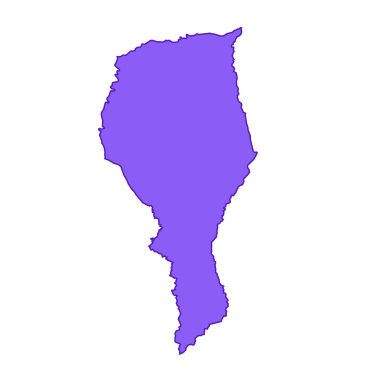 Dbarwa, Debub, Eritrea (Mercator projection), rotated 259°
{"feature_id": "51966322B75785084399425", "entity_name": "Dbarwa", "entity_type": "district", "adm_level": 2, "iso_a3": "ERI", "parent_name": "Eritrea", "parent_adm1": "Debub", "projection": "mercator", "projection_center": [38.641, 15.102], "detail": "fine", "context": "isolated", "style": "filled", "palette": "violet", "viewbox_px": 384, "rotation_deg": 259, "n_neighbors": 0, "source": "geoboundaries", "source_scale": "gbopen_adm2", "svg_char_len": 6060}
<svg xmlns="http://www.w3.org/2000/svg" viewBox="0 0 384 384"><g transform="rotate(259 192 192)"><path d="M212.3,258.9L217.7,263.3L218.3,263.4L218.8,263.2L218.9,261.4L219.3,260.7L220.7,259.8L232.2,259.3L236.4,259.9L242.0,258.9L245.2,259.1L248.7,258.6L257.1,258.9L259.0,259.5L260.7,257.4L263.0,257.1L265.3,256.4L268.4,257.5L269.3,257.3L270.0,257.0L271.5,255.4L272.4,255.0L275.8,254.6L278.3,254.9L278.6,255.9L279.1,256.5L280.5,256.6L282.5,256.0L283.9,257.1L286.0,256.9L287.6,256.2L291.7,256.5L294.9,257.9L298.8,258.2L300.5,258.0L302.4,255.9L305.2,257.3L306.8,256.5L307.9,255.5L308.8,255.3L309.4,255.5L312.1,258.0L313.7,257.6L314.0,257.8L314.1,258.5L316.8,257.6L318.5,257.7L320.6,258.9L322.0,260.1L323.8,259.8L325.9,260.5L326.4,260.2L326.5,258.7L326.8,258.4L328.8,259.0L329.0,260.6L330.8,261.0L331.2,261.5L331.1,262.3L331.7,263.0L333.9,264.2L335.7,265.9L336.0,267.5L337.3,269.9L339.6,271.2L342.4,271.4L343.8,271.8L343.9,270.6L343.0,268.9L343.2,268.0L342.5,265.9L342.5,264.4L341.1,262.3L340.7,256.8L339.6,253.8L339.3,251.4L339.6,249.9L342.9,243.7L343.4,241.4L344.4,239.9L345.1,230.0L345.6,228.2L346.3,227.1L345.3,224.6L345.4,220.6L347.6,216.7L346.5,216.3L344.8,216.7L343.8,215.7L344.6,213.5L344.4,212.1L344.7,211.6L345.8,211.0L346.3,210.1L344.2,209.3L343.9,208.8L344.0,207.9L342.5,207.3L341.9,206.3L342.5,201.9L343.1,200.6L344.8,199.2L345.3,198.0L345.1,196.3L345.9,195.6L345.8,195.2L344.8,192.5L344.7,191.4L345.7,188.9L345.7,187.3L348.4,181.9L348.6,180.0L347.6,178.3L347.5,177.4L346.0,173.7L346.8,171.4L344.1,169.2L344.3,165.5L343.2,163.6L341.8,163.1L341.6,160.6L342.0,159.3L341.7,158.2L338.8,153.4L339.5,150.3L338.7,148.5L338.6,147.2L339.0,144.4L337.7,144.6L336.1,143.9L333.5,142.3L332.0,140.8L330.8,140.5L328.6,141.9L326.4,144.0L325.4,144.1L324.8,143.5L325.2,141.9L324.7,141.4L323.9,141.2L321.7,141.7L322.0,139.0L321.7,138.9L320.8,139.1L317.3,141.0L315.8,141.1L315.0,140.7L314.5,139.9L314.6,135.9L314.3,134.8L313.2,134.3L311.9,134.1L311.4,132.8L310.2,132.0L308.7,132.9L307.4,135.7L306.3,135.5L306.0,134.6L306.7,132.7L306.5,131.2L302.8,129.4L299.9,126.3L298.8,126.2L296.0,127.6L295.3,126.6L296.3,125.7L296.5,124.2L290.0,121.0L287.3,118.4L285.0,117.7L278.6,118.0L273.9,116.6L273.2,116.7L272.5,117.8L271.4,118.1L270.8,116.1L271.2,114.6L272.1,113.5L271.7,112.5L270.3,112.6L269.5,113.5L268.2,114.2L266.6,112.7L265.0,112.2L263.4,112.6L258.7,113.2L257.3,112.8L254.8,113.9L251.7,114.4L247.6,114.2L244.6,113.5L242.8,113.5L241.3,112.9L239.2,116.4L235.2,120.7L232.9,125.1L230.7,127.0L221.1,128.6L215.7,130.5L212.1,131.1L206.5,133.4L202.2,135.9L199.9,136.7L191.0,141.6L187.4,146.0L186.9,147.2L186.3,147.7L186.7,149.0L184.5,150.5L182.3,149.4L181.7,150.5L180.7,150.7L180.7,149.6L180.2,149.2L179.7,149.4L178.5,151.0L176.3,150.1L175.3,150.1L174.6,150.8L173.4,150.3L173.0,152.6L171.9,153.9L171.1,154.1L166.4,153.4L165.5,154.9L164.4,154.1L164.0,155.3L162.6,155.9L162.0,155.8L161.6,154.1L160.3,153.8L161.0,152.6L160.7,152.3L159.4,152.2L158.9,151.5L157.5,150.4L155.9,150.2L154.9,149.4L153.8,146.9L153.1,146.3L153.1,145.9L154.2,144.8L154.0,144.3L154.1,142.8L153.5,142.7L152.6,143.8L152.4,144.9L152.1,145.2L151.8,144.9L151.6,143.7L151.0,143.3L150.3,144.2L149.6,143.9L149.3,143.0L148.4,142.3L148.2,141.5L147.5,140.7L147.0,139.3L145.6,140.2L144.1,140.2L143.0,140.7L142.8,141.4L143.1,142.6L140.6,143.9L140.2,145.7L137.9,147.9L136.9,150.3L133.8,150.6L133.7,150.9L134.6,152.6L133.3,153.7L132.9,154.7L132.7,154.9L131.6,153.7L131.2,153.7L130.3,155.2L129.3,155.3L129.0,156.7L127.9,157.6L126.5,159.8L125.6,159.1L125.2,158.2L123.0,158.5L122.3,157.5L120.8,157.0L119.2,157.6L118.7,156.5L117.9,156.4L116.8,155.7L115.0,155.6L114.6,154.5L114.1,154.3L112.1,157.2L110.8,158.2L110.8,159.7L109.7,160.6L108.7,159.8L106.8,159.2L106.4,158.0L105.9,157.7L104.2,158.8L103.5,158.9L102.9,158.7L101.8,157.4L100.3,156.7L99.4,157.0L99.4,155.9L99.0,155.0L99.4,153.5L98.9,153.2L95.5,154.0L94.3,154.7L93.9,155.2L93.5,157.2L93.1,157.5L92.9,157.6L91.5,156.1L87.7,156.7L86.6,155.8L85.8,155.5L83.4,155.9L81.9,157.3L81.2,157.2L80.0,156.2L79.6,156.8L78.9,157.2L77.3,157.0L76.0,157.7L75.3,157.7L72.6,156.4L71.2,155.1L69.8,154.3L65.0,155.6L63.1,155.6L62.6,155.2L61.8,153.5L59.8,153.6L59.2,153.3L58.8,152.5L58.6,150.1L57.4,149.0L55.9,148.3L53.7,148.4L51.9,147.5L48.7,146.9L47.4,147.6L45.4,151.3L44.7,151.6L43.3,150.3L41.5,149.7L40.5,148.8L37.7,149.7L35.4,149.0L36.0,152.2L36.8,153.7L38.7,156.1L40.4,156.4L40.8,157.3L41.9,158.1L42.6,159.4L42.5,162.2L41.5,164.1L41.8,164.8L43.1,165.9L44.3,165.8L44.9,167.0L47.1,166.9L48.1,167.4L48.7,168.8L49.7,169.8L49.4,170.7L49.9,172.2L49.3,173.7L49.7,174.1L50.1,176.9L51.7,176.9L53.1,177.8L55.3,178.5L55.4,179.2L54.7,181.0L56.1,181.8L57.0,183.2L58.2,183.4L58.8,184.8L59.3,195.3L59.7,196.2L61.2,196.8L63.8,199.0L64.3,199.9L63.7,200.9L63.8,201.7L64.2,202.1L66.1,202.2L68.0,203.2L68.5,203.2L69.3,202.5L71.3,203.0L72.4,205.1L72.9,205.5L75.3,206.1L77.5,205.1L77.9,205.3L78.7,206.7L82.9,205.0L85.1,205.9L86.2,205.5L86.8,203.9L87.3,203.8L88.5,204.1L89.4,203.7L89.6,204.4L90.3,204.6L92.2,203.8L93.4,205.1L95.4,202.6L97.2,201.7L101.1,201.7L105.0,201.0L106.9,201.0L108.5,199.9L111.0,200.2L112.2,200.7L113.4,200.4L114.7,200.6L115.5,200.3L116.2,200.9L118.8,201.8L120.4,200.6L121.2,200.9L122.8,200.6L124.8,200.8L127.8,199.0L128.8,199.1L129.8,200.0L133.0,200.3L134.9,200.9L138.7,201.4L141.8,205.5L142.7,206.0L143.1,207.2L143.8,207.7L144.8,207.6L146.5,208.7L148.4,208.9L151.7,209.9L152.6,210.5L154.9,210.6L155.4,211.0L155.9,213.0L157.5,214.9L157.9,216.2L159.2,217.4L159.5,216.7L160.1,216.4L161.2,216.5L162.1,217.2L162.9,216.9L163.1,217.2L163.1,218.2L163.6,218.6L165.8,219.3L167.4,219.0L167.5,220.3L168.9,221.4L169.4,221.2L169.7,220.2L170.7,220.3L171.0,220.9L171.2,222.3L173.7,223.1L174.3,227.2L175.4,227.8L177.6,227.6L179.2,229.2L181.2,229.8L180.5,231.5L181.1,232.7L182.2,233.5L183.1,235.0L184.5,235.6L186.4,237.3L188.2,238.2L189.3,240.7L189.5,242.6L190.1,243.5L192.5,244.9L194.4,245.0L195.4,245.4L196.5,247.7L197.6,248.6L197.9,249.6L200.4,252.2L203.0,252.2L205.2,251.2L207.4,251.6L208.4,252.5L208.6,253.4L209.5,253.9L209.8,255.1L212.3,258.9Z" fill="#8b5cf6" stroke="#5b21b6" stroke-width="1.5"/></g></svg>